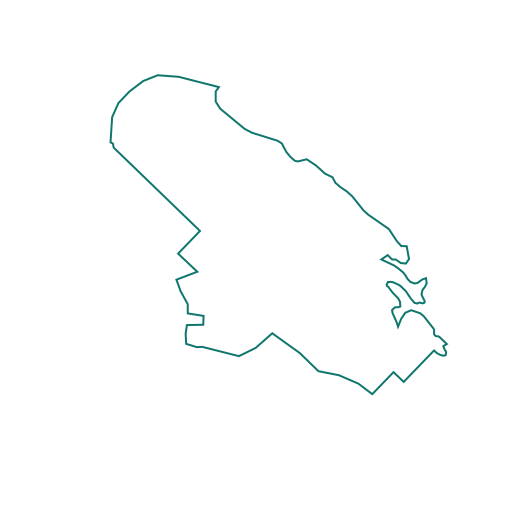 Ar Rayyān, Robinson projection, rotated 134°
{"feature_id": "QAT-1100", "entity_name": "Ar Rayyān", "entity_type": "Municipality", "adm_level": 1, "iso_a3": "QAT", "parent_name": "Qatar", "parent_adm1": "", "projection": "robinson", "projection_center": [50.968, 25.185], "detail": "fine", "context": "isolated", "style": "outline", "palette": "teal", "viewbox_px": 512, "rotation_deg": 134, "n_neighbors": 0, "source": "natural_earth", "source_scale": "10m", "svg_char_len": 1704}
<svg xmlns="http://www.w3.org/2000/svg" viewBox="0 0 512 512"><g transform="rotate(134 256 256)"><path d="M225.5,461.3L208.5,458.7L194.3,452.3L180.9,436.2L160.3,400.0L165.6,399.3L172.9,392.3L174.9,383.9L172.5,352.7L170.1,344.4L158.1,320.5L157.1,315.6L160.1,306.4L160.8,300.0L160.5,294.1L158.8,291.5L151.2,286.7L149.2,275.5L148.8,263.4L146.2,255.7L148.2,249.7L147.8,242.9L146.5,235.6L146.2,228.4L148.5,210.6L148.3,203.7L144.3,179.1L147.5,164.9L147.9,158.4L144.3,154.4L151.9,143.8L157.3,142.9L160.5,147.0L161.4,153.0L163.9,155.5L163.9,161.9L171.4,163.4L166.9,150.1L166.0,144.4L165.6,138.5L166.2,134.8L167.2,131.0L167.4,126.9L165.6,122.8L163.4,121.2L157.2,120.0L153.9,118.3L157.1,114.2L160.8,113.1L164.8,112.6L168.5,110.4L169.5,108.5L171.2,103.5L172.4,102.4L174.3,103.2L176.0,106.2L178.1,106.9L179.6,109.4L179.1,114.9L177.2,123.8L177.2,130.7L177.5,133.1L179.7,139.3L181.1,141.1L183.1,143.0L185.9,142.1L186.5,141.2L186.3,139.6L187.5,131.9L187.7,124.1L188.9,120.6L192.1,117.1L194.1,118.1L196.4,120.4L200.3,120.6L202.1,118.3L206.0,108.7L208.2,104.7L200.4,107.9L193.2,109.2L187.2,106.7L183.1,98.0L182.8,93.3L184.9,77.8L185.6,76.3L188.3,73.9L188.9,72.2L188.6,70.8L187.1,68.9L186.8,67.5L186.8,57.6L190.7,58.6L192.0,56.0L193.0,52.5L195.6,50.7L197.5,51.8L199.1,54.7L200.2,58.4L200.3,62.3L244.0,62.3L244.0,76.4L274.6,76.4L276.7,93.7L284.2,113.6L295.5,131.1L295.4,157.1L300.3,190.6L322.4,192.4L339.9,198.7L358.6,231.4L362.7,235.3L367.7,245.2L360.7,252.7L353.7,257.7L342.1,246.2L335.5,252.1L344.7,265.2L338.1,271.6L333.7,285.7L328.3,296.8L308.1,287.3L308.4,313.7L276.9,313.7L276.9,433.6L274.5,437.1L275.2,439.2L275.3,439.6L256.1,455.9L241.5,461.2L225.5,461.3Z" fill="none" stroke="#0f766e" stroke-width="2"/></g></svg>